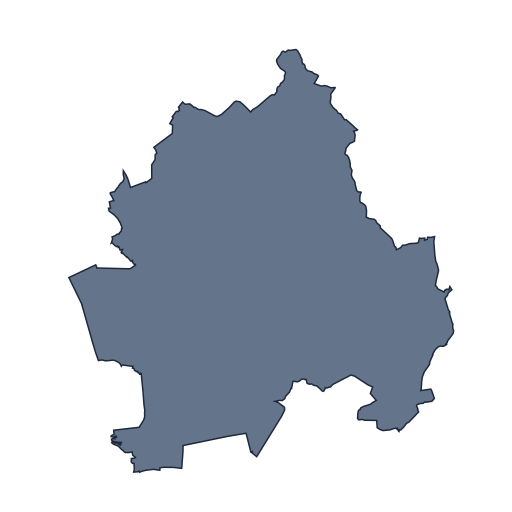 the district of Cerna, Tulcea, Romania, rotated 351°
{"feature_id": "2599482B66510571343783", "entity_name": "Cerna", "entity_type": "district", "adm_level": 2, "iso_a3": "ROU", "parent_name": "Romania", "parent_adm1": "Tulcea", "projection": "albers", "projection_center": [28.311, 45.064], "detail": "fine", "context": "isolated", "style": "filled", "palette": "slate", "viewbox_px": 512, "rotation_deg": 351, "n_neighbors": 0, "source": "geoboundaries", "source_scale": "gbopen_adm2", "svg_char_len": 6061}
<svg xmlns="http://www.w3.org/2000/svg" viewBox="0 0 512 512"><g transform="rotate(351 256 256)"><path d="M327.8,58.3L322.0,58.3L320.5,57.7L319.3,57.9L317.5,59.1L316.5,59.0L314.9,57.9L313.4,58.6L311.6,61.0L307.3,65.1L306.8,66.7L307.3,69.6L309.5,74.5L313.2,77.9L313.8,79.3L313.7,80.4L312.3,82.2L311.9,85.2L311.2,86.7L308.8,88.7L307.5,89.2L305.9,91.7L303.7,92.6L302.9,94.0L302.1,97.2L299.3,99.8L297.2,99.2L294.8,100.2L281.1,108.7L275.5,111.0L273.3,113.0L267.8,105.4L264.3,101.2L260.5,99.9L258.7,100.5L252.7,105.2L244.2,110.7L240.1,112.0L239.0,112.0L236.9,110.9L228.4,104.4L224.6,102.7L223.5,102.7L221.7,102.0L219.1,99.6L217.7,99.4L216.6,97.7L214.4,95.4L210.1,95.1L208.8,94.1L207.6,92.4L202.7,96.9L203.4,97.9L202.9,98.7L203.1,100.1L202.0,101.1L200.6,100.7L199.7,100.9L195.0,105.4L196.0,106.6L194.0,108.6L191.6,111.8L194.1,113.8L192.5,121.9L172.1,132.7L173.5,135.3L174.1,138.9L172.3,140.1L171.4,145.0L167.2,149.7L165.2,163.1L158.7,166.4L158.5,165.5L142.8,168.7L141.6,160.5L140.9,157.7L140.4,155.9L138.3,151.0L137.6,155.0L137.9,159.1L136.3,161.4L135.5,162.1L133.6,163.0L131.3,165.3L130.4,166.6L129.1,167.5L126.6,170.2L122.0,170.7L121.8,171.1L122.0,172.7L122.7,173.8L124.2,179.0L119.6,179.5L119.8,185.9L117.8,185.8L117.8,187.6L118.1,188.9L122.4,193.2L125.3,197.5L127.2,202.2L128.2,207.6L127.4,208.0L126.8,210.3L124.4,212.1L124.4,212.7L122.0,212.8L119.9,214.0L116.8,214.6L117.0,216.9L115.0,220.7L116.0,220.4L118.1,223.4L119.7,224.9L121.0,224.6L121.4,225.5L121.1,225.6L121.2,226.0L122.1,225.8L122.7,228.9L125.2,228.7L124.3,230.3L123.4,231.0L123.5,231.9L124.0,232.5L124.6,232.2L128.3,237.0L128.6,236.7L131.7,241.6L133.3,241.0L133.4,241.7L133.0,242.1L133.0,242.7L133.5,243.7L134.4,245.1L135.5,245.4L135.6,246.1L130.0,248.8L129.3,248.9L96.8,242.9L96.8,241.2L96.3,239.7L67.8,248.0L76.6,276.9L76.4,277.0L81.3,317.5L82.6,327.0L84.0,334.6L87.7,334.6L91.3,336.1L98.7,336.5L101.1,337.6L104.1,340.0L104.9,341.2L105.8,343.8L106.7,342.8L107.2,342.8L117.2,345.8L116.4,347.4L117.2,347.6L117.9,348.4L118.1,350.1L119.1,350.5L119.6,351.5L121.2,351.4L121.2,352.9L122.7,353.7L122.6,354.6L123.3,354.7L123.9,353.9L124.2,354.4L123.2,371.9L122.1,385.3L122.0,391.4L121.5,392.9L120.9,397.2L120.2,399.0L119.2,400.7L113.8,406.9L88.2,405.8L88.0,409.4L87.5,410.1L85.0,410.8L84.6,411.7L87.6,413.0L88.3,412.0L89.8,412.1L89.9,413.3L88.0,413.5L88.0,414.5L86.7,413.9L84.6,414.3L84.5,415.2L86.2,417.0L87.9,417.2L88.5,418.2L89.5,418.0L92.0,418.7L91.9,419.3L92.2,419.5L93.7,418.8L93.9,419.1L93.4,420.3L92.3,421.6L89.7,418.9L87.8,418.7L85.0,416.7L84.2,417.8L85.9,419.6L90.2,422.2L93.2,426.4L94.1,427.1L94.9,428.5L96.2,429.7L100.6,430.3L102.9,430.1L103.2,433.7L105.4,436.0L104.1,436.7L101.2,436.5L100.6,439.9L100.8,440.5L101.7,441.5L103.1,441.8L102.4,447.7L101.4,450.3L104.7,450.6L106.0,450.6L106.9,450.0L107.2,451.4L109.5,450.8L113.7,450.4L121.5,450.7L127.5,452.6L127.9,450.2L131.4,450.2L141.4,451.9L149.4,454.1L153.4,437.2L154.3,431.8L199.8,429.7L218.2,429.5L218.4,429.5L218.9,434.0L220.2,448.7L221.8,448.5L221.9,449.1L221.1,449.6L225.3,454.3L256.3,418.2L260.2,412.6L260.5,410.1L260.0,409.3L254.8,404.0L252.0,402.5L256.6,402.3L259.3,402.9L262.0,401.5L263.0,399.6L263.8,398.8L267.7,395.8L269.9,392.1L270.4,392.4L272.8,385.7L273.3,385.5L277.1,386.8L279.4,386.3L281.5,384.9L283.8,384.9L285.2,385.8L286.2,385.7L286.6,389.8L288.4,390.9L291.0,391.1L292.7,392.7L295.6,393.8L297.2,395.5L300.2,399.6L301.1,400.2L301.9,399.9L303.0,398.7L303.7,396.8L304.6,397.4L309.1,397.0L311.7,394.9L331.2,388.4L334.6,390.1L346.4,400.8L350.8,403.6L347.4,409.7L352.2,417.5L347.9,419.1L346.1,420.3L338.7,421.4L335.8,422.4L335.2,422.9L335.0,423.9L333.6,424.2L332.8,425.0L331.7,428.4L330.9,432.5L331.8,433.9L335.4,434.1L337.6,435.2L349.5,437.3L348.8,444.5L351.2,446.7L354.1,448.3L361.2,448.7L366.1,447.8L367.0,447.9L367.5,448.5L368.6,448.2L368.9,448.4L368.4,449.3L369.3,450.5L369.5,451.6L369.8,451.8L370.4,450.0L371.7,450.5L375.2,448.0L378.4,444.9L381.0,444.0L392.3,435.4L391.6,433.4L392.0,432.6L391.6,432.3L391.7,431.0L391.0,429.5L391.8,428.0L395.1,427.4L398.0,427.7L399.9,426.6L401.2,427.0L407.0,427.0L409.9,424.6L408.5,416.7L407.8,414.8L397.7,414.7L398.4,413.2L400.1,405.6L401.5,401.3L404.1,396.8L410.3,390.4L411.3,387.4L415.2,381.4L414.9,381.3L415.4,380.2L418.5,376.5L421.8,374.2L423.8,373.8L427.1,374.5L430.3,373.3L429.8,372.7L431.4,371.4L431.5,370.3L438.0,364.0L438.8,362.9L439.5,360.5L439.1,358.7L439.4,355.2L439.9,354.4L439.2,352.0L438.2,344.0L438.1,343.1L438.3,343.2L438.6,341.2L437.6,339.5L436.0,327.9L436.8,326.6L438.6,325.2L440.2,322.5L444.2,320.0L442.7,316.5L441.1,319.5L439.9,318.7L438.4,318.7L437.9,319.4L437.2,319.3L436.2,321.0L430.3,316.8L429.7,314.6L428.6,313.1L430.2,308.3L433.9,299.4L434.1,298.1L433.5,292.1L432.8,289.8L432.7,288.3L432.8,282.7L433.9,269.6L435.4,264.7L431.9,265.0L428.4,264.3L427.8,266.3L424.9,266.8L425.5,264.7L421.9,264.5L420.2,263.9L418.6,268.0L416.7,268.5L409.6,267.8L405.3,268.6L402.4,268.3L400.2,270.4L395.7,271.8L395.5,269.2L395.2,268.7L394.4,268.4L393.3,261.5L392.6,259.7L383.2,247.6L383.4,245.6L380.4,242.0L379.8,239.7L378.5,238.2L373.1,236.6L372.4,235.6L371.0,235.0L372.3,228.3L372.2,224.0L371.4,222.6L369.4,220.5L367.8,219.6L367.2,218.3L367.5,215.4L368.4,212.0L369.8,209.5L368.8,209.0L367.4,208.9L366.2,207.9L365.7,207.1L365.2,201.3L365.2,198.2L363.4,193.9L362.9,191.7L363.0,190.2L364.2,186.4L363.0,182.7L363.6,178.6L363.3,177.6L363.5,176.2L363.1,175.3L363.0,173.6L361.8,170.8L360.3,170.0L359.9,168.5L361.1,166.1L361.7,163.8L364.4,161.1L366.8,159.2L368.2,159.1L371.2,158.0L372.8,152.2L372.7,150.0L371.9,147.9L375.1,147.8L376.1,147.3L373.4,144.4L373.1,143.6L366.3,135.4L364.8,135.3L362.0,129.2L361.3,128.5L359.8,128.1L358.0,124.3L357.1,123.7L355.1,120.9L353.4,117.2L353.4,115.9L354.8,110.9L355.2,107.7L360.5,102.3L360.4,101.9L356.6,101.6L355.2,101.0L352.6,99.2L350.1,98.3L348.2,98.5L346.7,98.2L340.5,94.8L345.4,88.6L345.7,88.2L345.5,87.4L344.9,86.6L341.9,84.9L339.9,82.8L336.1,81.2L334.8,79.6L334.3,78.4L333.9,74.9L333.1,73.7L332.0,73.4L331.9,70.9L332.0,69.4L332.2,69.2L331.2,66.1L331.0,64.5L329.6,61.3L329.4,60.1L327.8,58.3Z" fill="#64748b" stroke="#1e293b" stroke-width="1.5"/></g></svg>